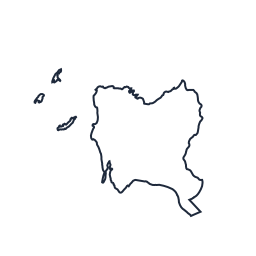 Ilha De Moçambique, Nampula, Mozambique, rotated 200°
{"feature_id": "85939544B37446089230364", "entity_name": "Ilha De Moçambique", "entity_type": "district", "adm_level": 2, "iso_a3": "MOZ", "parent_name": "Mozambique", "parent_adm1": "Nampula", "projection": "equal_earth", "projection_center": [40.649, -15.056], "detail": "fine", "context": "isolated", "style": "outline", "palette": "slate", "viewbox_px": 256, "rotation_deg": 200, "n_neighbors": 0, "source": "geoboundaries", "source_scale": "gbopen_adm2", "svg_char_len": 5888}
<svg xmlns="http://www.w3.org/2000/svg" viewBox="0 0 256 256"><g transform="rotate(200 128 128)"><path d="M91.1,190.9L92.2,191.4L93.0,191.4L93.4,191.0L93.2,189.8L94.4,184.8L94.8,183.9L95.8,182.2L96.4,181.4L97.2,181.0L97.9,181.0L98.4,181.6L98.8,181.2L98.6,180.2L99.5,179.5L100.4,177.5L101.1,176.8L102.4,175.9L102.5,175.6L103.2,175.5L104.4,175.4L105.3,174.9L106.1,173.7L106.3,172.8L106.1,171.4L106.2,171.0L106.9,170.4L107.4,168.6L107.7,167.7L109.4,165.6L110.6,163.9L111.4,162.2L112.9,160.2L113.9,159.4L115.8,158.6L116.3,157.6L117.1,157.2L121.1,156.4L121.3,156.6L121.5,157.3L121.7,157.8L123.4,159.9L124.1,160.6L125.4,160.8L126.5,160.8L127.6,160.4L128.4,159.8L128.8,159.0L129.1,158.8L129.6,158.8L130.1,159.2L131.3,159.1L131.6,159.3L131.7,159.7L131.7,160.2L130.8,161.1L130.4,161.7L130.3,162.6L132.0,162.1L132.5,161.5L133.3,161.0L134.0,160.9L134.9,161.1L135.2,161.7L135.2,162.1L135.4,162.6L135.9,162.9L135.9,163.4L135.3,163.8L135.0,164.4L135.3,165.2L135.9,165.1L136.9,164.6L137.5,163.9L137.7,162.8L138.2,161.8L138.5,161.7L139.4,162.4L139.6,163.2L139.3,163.7L139.0,164.5L138.3,165.5L138.5,166.4L139.8,165.8L140.5,165.8L141.2,166.1L141.7,166.6L143.4,166.5L144.3,165.5L145.3,165.3L146.6,162.6L147.0,162.3L148.6,162.5L150.0,162.0L150.8,162.0L154.7,160.6L155.2,160.8L155.3,161.4L155.7,161.9L156.3,162.1L157.2,162.0L160.4,160.2L161.8,158.7L162.6,158.2L162.7,157.8L163.4,157.5L165.0,157.6L165.6,158.3L166.2,158.2L166.9,157.7L168.4,157.7L169.3,157.2L170.0,156.5L170.5,155.7L170.7,154.6L171.6,152.8L171.4,152.7L170.2,152.7L170.0,151.8L170.0,150.5L170.2,149.4L170.8,147.6L171.3,146.7L171.0,145.3L169.6,142.1L168.5,140.2L167.7,138.4L166.5,137.2L165.7,136.7L165.0,136.5L164.3,136.7L163.8,136.3L162.5,133.5L162.0,131.7L160.0,128.0L159.3,125.5L159.1,124.2L159.2,121.9L160.1,120.6L161.2,120.0L161.8,119.9L162.2,119.4L162.3,118.6L162.0,118.0L160.8,117.8L160.3,117.4L160.1,116.7L160.4,115.7L160.5,113.9L160.5,110.6L160.2,108.1L159.2,106.1L158.5,105.4L157.7,104.9L157.1,105.0L156.8,105.6L155.7,105.5L154.9,105.3L152.7,104.0L152.3,103.6L151.7,102.3L151.2,101.6L149.5,100.2L148.1,98.7L146.6,96.8L145.9,95.8L144.5,94.4L143.1,91.8L142.3,89.6L140.1,85.8L139.7,84.6L139.0,83.5L138.6,82.5L137.3,80.2L136.4,79.4L135.1,78.5L134.9,78.0L134.8,74.8L134.4,71.6L133.8,68.2L133.3,68.0L132.8,68.1L132.6,68.3L132.4,68.9L132.0,72.0L132.2,73.6L133.0,76.2L133.3,77.7L134.1,79.3L134.1,80.0L133.4,82.5L133.5,84.3L134.6,85.6L134.7,86.5L134.6,88.3L134.3,89.4L134.3,90.1L134.0,90.4L132.9,88.5L132.0,87.7L131.8,87.1L131.7,85.3L131.2,83.4L130.7,83.4L130.1,84.0L129.3,84.3L128.8,84.0L128.8,83.6L129.4,82.7L129.7,82.1L129.7,81.2L129.6,79.9L129.2,77.9L127.7,75.5L127.1,74.8L126.5,73.3L125.8,72.8L125.1,71.6L124.7,71.3L123.2,71.3L122.2,70.4L122.2,69.9L121.8,69.6L121.1,69.4L120.9,69.1L120.6,68.3L119.9,67.5L119.3,67.1L116.9,66.7L114.1,64.7L113.2,64.6L112.5,64.9L112.0,65.4L111.5,66.3L110.6,68.8L109.6,71.0L109.1,73.2L108.5,73.9L107.4,73.5L106.6,76.7L106.2,77.2L105.1,80.2L103.7,81.5L103.1,81.8L93.9,83.5L93.1,84.0L91.6,84.0L91.2,83.7L89.7,83.4L88.7,82.9L85.5,82.9L83.5,83.5L82.9,83.9L81.9,84.1L79.2,85.3L74.8,85.9L70.5,86.1L65.5,85.8L65.1,85.6L64.6,85.6L62.2,84.6L60.7,83.7L60.4,83.3L59.4,82.5L59.0,81.8L58.4,81.6L57.7,80.7L57.2,80.3L55.7,77.8L54.7,75.6L52.7,73.3L50.8,71.7L48.8,70.7L47.7,70.5L46.7,70.0L46.1,70.0L45.2,69.5L44.7,69.5L42.4,68.4L41.9,68.4L41.0,68.0L39.9,67.8L38.8,66.9L31.2,74.1L45.8,81.5L43.4,83.7L43.1,84.4L42.5,84.8L42.4,85.5L41.4,86.5L40.5,87.9L39.7,89.8L39.1,92.1L38.6,95.4L38.5,98.7L39.2,102.0L39.8,103.4L40.6,104.6L42.3,103.9L43.3,103.9L45.5,105.1L48.2,105.1L49.4,105.4L50.6,105.9L54.1,108.9L55.2,109.5L57.3,109.7L58.6,109.5L59.4,110.1L60.4,111.8L60.9,113.2L61.6,114.1L63.0,116.2L65.2,117.7L65.6,118.4L65.8,119.3L65.1,122.7L65.1,124.4L65.4,125.9L65.3,126.4L65.5,127.4L65.5,128.2L65.2,129.2L64.4,131.3L64.3,132.4L64.7,133.5L65.1,134.1L65.6,134.4L65.9,135.2L66.1,136.3L66.0,137.7L65.8,139.1L63.9,142.2L63.8,143.0L63.6,143.7L63.1,144.3L61.9,144.6L61.0,146.8L61.0,147.8L61.4,150.0L61.9,152.7L62.3,153.8L62.5,156.2L62.4,158.8L61.7,160.1L61.3,162.4L61.5,163.0L62.5,163.7L63.9,163.9L64.7,164.6L65.1,165.5L65.5,167.1L66.6,168.4L66.9,169.2L66.9,171.5L66.3,173.1L66.5,174.2L67.2,175.0L69.2,175.5L70.9,176.8L71.9,178.3L72.3,179.4L73.2,181.2L74.5,183.4L75.1,183.7L75.7,184.3L76.9,184.6L77.9,185.0L78.5,185.6L79.6,186.1L83.8,184.6L84.7,184.0L85.9,184.0L87.5,185.4L88.9,187.5L89.3,188.8L90.3,190.2L91.1,190.9ZM193.3,106.4L193.4,104.9L194.1,103.9L194.0,103.1L193.2,102.1L192.7,102.1L191.5,103.4L191.0,103.6L190.1,103.7L189.5,104.2L187.8,104.7L187.3,105.7L187.1,105.8L186.6,105.6L186.2,105.8L185.6,107.3L184.0,109.3L182.4,113.0L181.8,113.9L181.7,114.8L181.6,117.5L181.0,118.4L181.1,118.6L180.8,119.8L180.5,120.4L180.8,120.7L181.4,120.5L181.7,119.9L183.0,118.8L183.5,118.2L183.8,117.9L183.9,118.3L184.3,118.4L184.7,117.8L185.1,116.4L184.8,115.9L184.7,115.2L186.1,112.8L187.2,110.1L188.0,109.9L188.5,110.3L189.1,110.3L189.6,109.5L190.2,109.1L190.4,108.1L189.7,108.0L189.7,107.5L190.7,107.1L191.2,106.5L191.7,106.3L192.2,106.5L192.4,106.3L192.9,106.9L193.3,106.4ZM215.2,149.4L215.1,145.8L214.8,145.1L214.4,145.5L214.5,147.3L214.5,147.9L214.1,147.9L213.8,147.5L213.6,146.3L213.4,145.9L212.9,145.6L212.4,146.0L212.1,146.6L211.2,147.7L211.1,148.6L210.6,149.5L210.2,149.6L207.9,149.0L207.8,149.3L208.3,149.9L211.3,151.3L211.8,152.2L211.9,153.0L212.4,153.2L212.4,155.1L211.9,155.6L211.4,155.7L211.4,156.8L210.5,157.6L210.4,158.6L210.7,159.6L211.1,160.3L212.6,158.8L213.4,156.0L214.6,154.0L215.2,149.4ZM223.9,124.5L224.7,121.9L224.8,120.9L224.4,120.0L223.7,120.0L223.6,121.4L223.5,122.1L223.0,122.9L222.7,123.0L222.6,122.9L222.2,122.8L221.3,123.0L220.6,123.0L220.4,122.3L220.5,121.6L220.1,121.6L219.7,122.2L219.0,122.5L218.4,123.5L218.4,126.7L218.9,127.7L218.2,129.3L218.2,130.0L218.6,130.4L220.1,130.6L221.5,130.1L221.9,129.6L222.2,129.2L223.1,127.3L223.0,126.6L223.7,125.2L223.9,124.5Z" fill="none" stroke="#1e293b" stroke-width="2"/></g></svg>